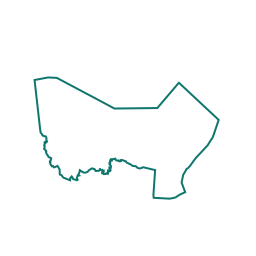 the district of Segamat, Johor, Malaysia, rotated 335°
{"feature_id": "92858781B96897508285102", "entity_name": "Segamat", "entity_type": "district", "adm_level": 2, "iso_a3": "MYS", "parent_name": "Malaysia", "parent_adm1": "Johor", "projection": "robinson", "projection_center": [102.787, 2.5], "detail": "fine", "context": "isolated", "style": "outline", "palette": "teal", "viewbox_px": 256, "rotation_deg": 335, "n_neighbors": 0, "source": "geoboundaries", "source_scale": "gbopen_adm2", "svg_char_len": 3225}
<svg xmlns="http://www.w3.org/2000/svg" viewBox="0 0 256 256"><g transform="rotate(335 128 128)"><path d="M63.6,45.0L48.3,90.6L46.9,95.1L46.9,95.4L47.1,96.2L47.3,96.6L47.4,97.1L47.4,97.7L47.3,98.4L47.6,99.0L48.4,99.7L48.6,100.1L49.1,100.3L49.8,100.7L50.0,101.0L50.0,101.6L49.9,102.1L49.8,102.8L49.4,103.4L49.1,104.1L48.9,104.8L48.9,105.5L48.9,106.1L48.4,106.3L48.0,105.6L47.7,105.4L47.0,105.5L46.3,105.8L46.4,106.3L46.7,106.7L46.6,107.0L46.1,107.1L45.6,107.2L45.4,107.5L44.9,108.0L44.8,108.5L45.0,108.9L44.7,109.3L44.3,109.7L44.2,110.5L43.9,110.9L43.3,111.2L43.2,111.8L43.5,112.2L43.7,112.9L43.9,113.4L44.1,114.0L44.2,114.4L43.9,114.9L43.5,115.0L43.5,115.9L43.2,117.2L43.4,118.0L43.6,118.6L43.7,119.3L43.7,120.3L44.2,121.4L44.6,121.7L45.2,122.1L45.5,122.5L45.4,123.4L44.4,124.3L44.0,125.1L43.5,125.1L43.2,125.1L42.8,125.6L42.7,126.2L43.0,126.5L42.7,127.1L42.4,127.6L42.6,128.5L42.7,129.7L42.9,130.6L43.3,130.6L43.9,130.7L44.2,132.0L44.4,132.5L48.1,132.6L48.5,136.9L48.0,137.8L47.5,138.9L47.2,139.9L46.7,140.7L46.7,141.6L47.6,142.2L48.0,143.3L48.1,144.6L48.5,145.7L53.4,150.9L54.2,149.2L55.6,148.5L56.5,148.1L56.8,149.3L56.5,150.5L56.9,151.4L57.9,152.1L59.3,153.3L59.6,153.8L60.5,153.6L60.5,152.5L60.6,151.7L61.1,151.1L61.9,150.1L62.7,150.2L63.7,150.4L63.3,149.1L64.6,148.3L65.6,147.1L66.6,145.9L67.6,147.8L68.4,148.8L69.1,149.6L69.9,150.2L71.0,150.5L72.3,150.7L73.3,150.5L74.7,149.8L77.5,149.4L78.7,149.5L79.3,150.4L80.2,151.0L80.5,152.0L80.4,153.1L80.9,153.5L81.4,153.6L81.8,153.8L82.3,153.9L82.9,154.3L83.6,154.4L84.1,154.3L84.5,154.1L85.1,153.4L85.4,153.5L85.3,154.0L85.5,154.5L85.8,154.9L86.1,155.3L86.5,155.3L87.1,155.2L87.2,155.5L86.8,155.9L86.7,156.2L86.8,156.6L87.3,156.5L87.5,156.5L87.2,156.9L86.9,157.0L86.9,157.3L87.3,157.4L87.1,157.6L86.8,157.7L86.7,158.0L86.2,157.7L86.0,157.3L85.7,157.5L85.7,157.8L85.5,158.1L85.8,158.5L86.3,158.9L86.4,159.2L86.6,159.6L87.3,159.7L87.6,160.0L87.9,160.2L88.3,160.2L88.8,159.9L89.3,159.9L89.3,160.3L89.5,160.4L89.9,160.0L90.1,160.0L90.4,160.8L90.8,160.3L91.1,160.3L91.4,159.9L91.4,159.4L91.5,158.7L91.9,158.1L92.2,158.4L92.5,158.9L92.8,159.2L93.2,159.4L93.9,159.4L94.2,159.0L94.2,158.6L93.9,157.9L93.9,157.4L94.0,156.7L94.3,156.2L94.7,156.9L94.9,157.3L95.1,156.8L95.0,156.1L95.4,156.1L95.8,156.4L96.1,156.0L96.3,155.6L96.5,154.9L96.3,154.3L96.0,153.8L95.9,153.2L96.3,152.9L96.3,152.3L96.9,152.6L97.2,152.2L97.2,151.4L97.5,151.0L98.2,149.7L98.8,149.4L98.8,149.9L98.7,150.4L99.5,150.8L100.1,150.1L100.5,149.5L101.8,150.2L102.7,150.2L103.5,150.4L103.5,151.1L103.4,151.6L103.9,152.4L104.7,153.3L105.5,153.3L105.8,154.1L106.5,154.9L107.5,155.0L107.8,154.0L108.8,154.2L109.4,154.8L110.4,155.7L110.8,156.4L111.9,157.1L111.9,158.2L112.7,159.4L115.1,162.3L116.1,164.1L116.8,164.8L118.3,165.5L119.2,166.4L119.6,167.8L120.4,168.8L121.7,169.7L123.0,169.9L124.4,169.9L125.2,170.0L134.8,177.6L122.6,199.7L121.8,202.1L135.8,209.6L139.0,210.5L141.8,211.0L146.7,210.3L152.7,210.3L153.5,200.1L158.3,193.7L161.1,191.9L163.7,189.9L165.9,189.6L168.3,188.5L173.1,185.8L177.5,183.5L182.7,181.5L189.5,178.7L192.8,177.4L196.2,175.1L200.4,172.6L203.4,169.7L213.6,159.0L193.3,108.6L192.5,108.8L163.0,122.3L123.9,104.6L84.7,52.5L76.9,48.4L63.6,45.0Z" fill="none" stroke="#0f766e" stroke-width="2"/></g></svg>